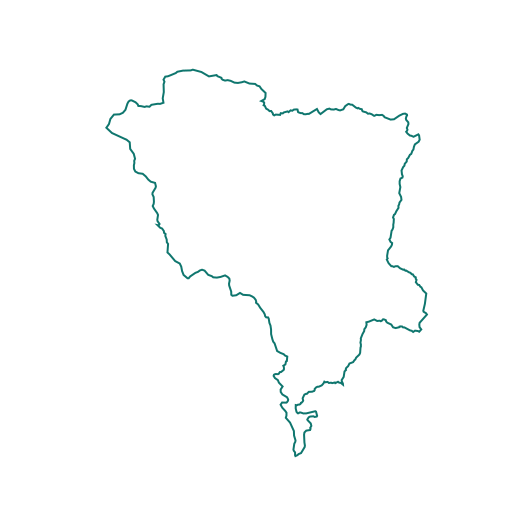 Sao Salvador Do Mundo, São Salvador do Mundo, Cabo Verde (Albers equal-area conic projection), rotated 107°
{"feature_id": "66160863B42982614395502", "entity_name": "Sao Salvador Do Mundo", "entity_type": "district", "adm_level": 2, "iso_a3": "CPV", "parent_name": "Cabo Verde", "parent_adm1": "São Salvador do Mundo", "projection": "albers", "projection_center": [-23.615, 15.088], "detail": "fine", "context": "isolated", "style": "outline", "palette": "teal", "viewbox_px": 512, "rotation_deg": 107, "n_neighbors": 0, "source": "geoboundaries", "source_scale": "gbopen_adm2", "svg_char_len": 6055}
<svg xmlns="http://www.w3.org/2000/svg" viewBox="0 0 512 512"><g transform="rotate(107 256 256)"><path d="M114.4,396.0L116.1,394.5L118.8,394.6L126.2,392.1L132.5,391.3L136.5,389.3L138.5,392.1L139.3,394.8L142.0,400.2L144.4,401.5L144.9,404.5L146.0,406.1L146.3,409.8L146.9,412.4L145.6,413.4L144.2,416.1L143.5,420.4L144.0,421.8L145.5,423.0L147.8,423.5L154.4,423.6L158.0,425.2L160.4,427.9L162.3,433.2L167.5,435.3L172.8,435.2L177.1,436.6L180.5,429.7L182.7,413.6L184.2,410.0L190.4,407.6L194.0,402.8L198.4,400.1L200.6,400.3L202.6,399.5L205.0,399.3L208.3,398.2L210.5,396.1L211.2,392.7L210.5,388.4L212.1,384.7L214.4,381.4L215.7,378.4L215.6,373.9L218.6,372.1L220.1,372.0L225.8,373.4L227.3,373.1L229.5,371.1L233.9,369.5L236.1,369.1L238.4,369.4L240.4,367.5L243.9,363.0L245.4,361.7L250.2,361.0L251.4,360.4L253.6,357.6L255.2,358.0L255.3,359.1L257.0,355.9L257.2,353.8L259.1,351.4L260.7,350.7L261.4,348.9L263.3,348.6L266.4,346.2L268.9,345.3L270.2,343.6L278.5,341.7L279.7,339.2L284.5,331.8L285.5,326.7L288.0,324.4L292.0,322.3L295.3,319.7L297.3,315.0L297.0,313.9L294.8,313.0L289.8,309.0L288.2,306.9L286.3,305.5L284.9,303.6L285.0,300.9L288.0,296.2L288.2,292.4L288.9,290.7L288.1,287.1L286.4,283.8L283.6,279.9L284.3,277.0L285.4,274.9L287.2,274.0L290.4,273.7L292.1,273.0L297.3,269.3L300.3,268.3L300.9,266.9L299.3,263.4L296.0,260.5L296.9,257.0L295.4,250.6L295.8,247.9L296.4,245.8L298.0,243.5L299.5,242.5L300.7,242.3L301.7,239.8L304.4,236.7L307.4,232.4L309.2,230.6L310.9,229.6L311.7,228.3L311.2,226.5L312.2,225.5L316.1,223.6L318.3,221.8L321.9,220.1L326.3,218.7L330.8,216.0L332.9,214.5L334.1,212.7L340.7,208.0L341.5,204.4L341.8,200.8L342.7,199.2L343.0,196.7L347.4,195.8L348.1,196.5L351.1,196.2L353.0,197.8L353.8,197.0L355.9,196.2L356.8,196.2L359.6,198.1L360.1,199.3L362.0,199.8L362.6,200.5L363.1,202.6L363.9,203.8L364.4,204.1L365.5,204.1L367.2,202.2L368.3,198.8L370.4,197.1L373.0,192.4L376.5,193.4L378.8,192.6L380.7,190.3L382.0,185.0L383.8,183.3L385.0,183.1L386.9,183.7L387.4,184.2L388.5,188.2L391.0,189.0L393.4,186.5L395.7,182.6L397.0,181.0L399.8,180.2L402.0,180.2L405.4,174.7L412.3,168.6L416.6,167.1L420.8,164.3L422.2,164.1L424.3,164.5L430.2,163.6L431.2,162.9L432.4,161.2L435.1,160.4L435.8,159.8L434.3,158.1L433.0,157.4L431.3,155.3L424.5,153.6L423.0,153.8L420.1,155.2L412.8,157.8L410.6,158.1L408.3,156.9L406.6,153.4L405.3,153.3L404.6,153.9L402.3,153.4L400.1,154.7L398.0,158.5L397.5,159.1L396.7,159.0L394.8,158.4L393.7,157.3L392.5,154.2L392.8,152.9L391.8,151.0L391.0,150.8L387.3,153.1L387.1,153.9L391.8,161.9L392.7,164.6L392.6,167.7L392.9,168.6L394.0,169.4L394.2,170.1L393.2,171.7L390.1,173.5L386.9,174.4L386.8,173.3L385.9,172.4L385.3,170.9L384.4,170.2L383.3,170.1L383.1,169.6L381.5,168.8L380.5,168.6L378.4,169.8L374.4,169.2L373.2,167.9L373.0,167.1L370.5,165.8L369.4,162.7L368.0,160.9L367.0,160.7L366.0,161.0L364.1,160.1L363.1,159.1L362.6,157.7L360.5,155.3L358.1,154.2L356.2,153.9L356.5,152.8L355.5,150.7L356.1,149.2L355.2,147.1L355.3,146.0L353.9,143.6L354.4,143.0L352.3,140.8L352.8,139.6L352.6,137.6L353.6,135.2L352.6,135.6L350.6,137.4L349.6,137.8L346.0,136.8L340.5,137.6L338.7,136.6L338.0,137.1L336.7,137.0L334.4,135.7L331.5,135.2L329.1,132.1L326.8,131.4L326.0,130.8L323.9,130.5L320.0,128.3L318.2,128.1L312.9,129.3L312.1,129.2L310.0,129.8L308.3,130.8L305.6,131.1L304.2,131.7L299.4,131.3L296.2,130.6L294.3,131.0L292.2,130.2L289.5,130.1L287.1,131.1L285.8,128.9L282.1,124.4L282.7,121.1L281.7,118.7L281.9,117.6L281.0,116.7L279.5,116.1L279.2,115.3L279.4,113.1L280.6,112.4L281.4,110.9L282.0,106.6L284.1,104.1L284.1,101.4L282.3,98.3L281.8,98.2L281.9,97.9L281.1,97.3L280.7,95.7L281.3,94.5L280.9,93.2L282.1,87.0L282.0,85.2L282.7,83.5L280.9,82.1L280.4,79.2L280.7,77.8L277.9,76.5L276.2,78.8L273.8,79.8L272.0,80.0L262.0,75.4L261.0,76.7L260.3,79.4L259.5,80.0L252.4,80.5L242.1,82.2L240.1,86.2L237.6,88.7L237.3,89.9L236.0,91.4L236.2,92.8L234.3,95.5L231.9,95.5L231.1,96.6L229.7,97.0L229.4,98.7L227.7,100.7L227.9,101.8L226.9,103.4L226.9,104.8L226.0,108.2L226.4,108.8L225.6,110.5L226.1,111.1L225.6,114.7L224.3,117.5L225.1,119.8L226.1,120.9L225.9,122.6L226.2,123.6L224.1,127.1L221.1,129.9L219.8,129.4L218.9,130.2L217.3,130.7L212.0,131.4L207.4,129.6L205.5,129.3L203.8,129.6L203.2,131.4L201.2,133.3L199.2,132.7L192.2,133.7L190.8,133.2L188.4,133.1L185.9,133.9L184.0,134.1L180.3,135.0L179.1,136.2L176.3,136.1L175.2,135.3L172.2,134.9L168.3,133.8L166.4,134.5L164.9,134.2L162.9,134.4L159.8,133.3L157.1,134.5L154.0,137.4L147.9,138.1L145.1,139.7L142.5,140.5L139.7,140.5L138.2,138.9L136.8,139.0L135.2,140.3L131.7,141.8L128.0,141.3L126.3,140.5L124.3,140.7L121.6,139.5L119.4,140.0L117.8,139.1L114.2,138.4L113.0,137.4L109.6,137.2L108.2,136.6L105.4,136.9L102.8,136.7L99.2,133.9L96.9,133.5L93.0,135.3L92.2,136.3L95.9,140.2L95.6,142.7L95.8,144.0L94.6,146.9L93.3,148.7L91.9,148.1L90.9,148.1L89.5,149.2L85.2,148.8L83.6,149.5L81.9,152.2L80.7,152.9L78.3,153.0L77.5,152.6L76.6,153.0L76.2,155.0L77.1,157.0L79.9,160.0L84.9,164.0L86.2,167.2L85.7,173.6L84.7,174.9L84.2,176.7L85.3,179.4L85.8,182.2L87.3,183.7L87.4,184.3L86.6,186.8L86.5,189.0L87.2,190.5L86.4,192.6L86.5,196.0L86.1,196.8L84.7,197.8L84.9,199.7L84.5,201.5L85.1,202.0L84.9,203.8L83.2,208.2L83.6,209.9L83.4,211.7L84.0,212.5L86.6,214.5L90.2,215.4L92.2,218.2L92.3,219.9L92.0,222.5L93.2,224.4L93.9,227.2L93.6,228.9L95.0,231.2L101.4,235.8L100.3,238.0L97.6,240.7L104.7,247.0L104.8,247.8L106.0,250.1L106.4,251.8L105.8,253.4L106.3,254.9L106.2,257.4L106.0,257.9L103.8,259.1L103.9,260.0L104.9,262.6L106.5,263.8L106.6,265.5L108.9,266.9L108.5,268.1L110.6,271.4L111.8,272.1L112.2,274.1L114.0,274.2L115.0,278.5L116.2,279.7L115.7,281.1L114.7,281.6L112.9,283.9L113.5,285.4L112.6,287.1L112.1,289.4L109.9,291.4L109.6,292.8L108.5,292.6L106.8,293.1L106.3,294.3L106.2,296.2L103.5,293.6L101.1,293.5L97.3,294.5L94.7,299.7L92.7,302.2L92.7,304.8L91.7,307.1L93.0,312.7L92.5,318.2L94.0,320.4L95.8,323.9L96.5,327.3L95.9,331.4L96.1,334.5L97.3,336.9L97.2,339.5L96.6,340.7L95.7,341.2L95.3,345.5L94.5,346.6L98.0,353.5L96.0,362.0L96.3,370.9L97.6,372.7L100.1,380.1L102.8,385.1L104.5,386.2L108.0,390.4L109.9,392.8L111.0,395.2L114.4,396.0Z" fill="none" stroke="#0f766e" stroke-width="2"/></g></svg>